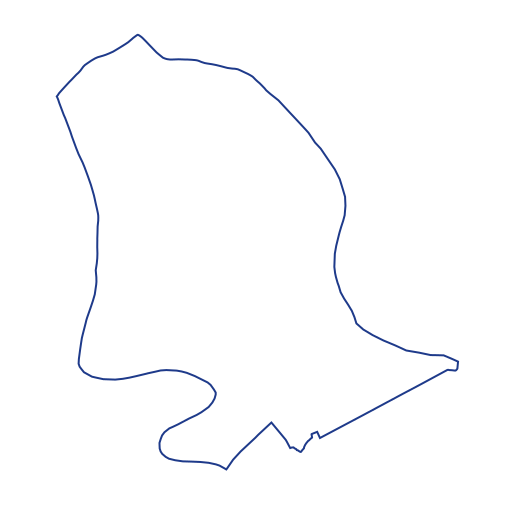 Phu Tan, An Giang, Vietnam (Albers equal-area conic projection), rotated 183°
{"feature_id": "81297802B56486108937036", "entity_name": "Phu Tan", "entity_type": "district", "adm_level": 2, "iso_a3": "VNM", "parent_name": "Vietnam", "parent_adm1": "An Giang", "projection": "albers", "projection_center": [105.28, 10.655], "detail": "fine", "context": "isolated", "style": "outline", "palette": "blue", "viewbox_px": 512, "rotation_deg": 183, "n_neighbors": 0, "source": "geoboundaries", "source_scale": "gbopen_adm2", "svg_char_len": 3676}
<svg xmlns="http://www.w3.org/2000/svg" viewBox="0 0 512 512"><g transform="rotate(183 256 256)"><path d="M63.4,166.6L70.8,166.4L76.4,166.2L88.0,168.0L101.0,169.5L112.3,174.0L124.3,178.3L135.4,183.1L145.0,188.2L152.2,193.9L154.5,200.1L157.4,206.2L161.4,212.1L165.8,218.1L169.6,224.2L171.8,230.4L173.1,233.4L175.1,239.3L176.1,243.0L177.2,249.2L177.4,262.4L176.4,270.5L174.2,282.0L173.7,284.4L172.9,287.7L172.5,289.4L170.8,295.7L169.6,301.3L169.3,310.8L170.1,319.1L170.1,319.6L172.8,327.3L176.4,337.1L181.8,346.6L189.8,357.1L197.0,366.6L203.0,372.4L210.0,381.8L212.4,384.2L216.3,388.0L225.9,397.3L230.4,401.6L241.0,411.9L241.7,412.6L250.3,418.7L254.5,422.0L256.2,423.9L259.3,426.8L261.4,428.7L263.1,430.0L264.6,431.2L266.0,432.4L267.6,433.9L268.5,434.7L269.6,435.4L270.4,435.8L270.7,436.0L273.6,437.4L276.1,438.4L281.2,440.5L283.9,441.5L285.3,441.7L286.9,441.9L289.4,441.9L291.8,442.1L294.3,442.3L296.8,442.8L301.0,443.7L305.7,444.6L309.9,445.2L310.9,445.3L314.9,445.7L317.3,446.0L320.7,446.9L323.2,447.8L324.7,448.2L326.1,448.4L327.7,448.5L328.0,448.5L330.9,448.6L335.2,448.6L336.8,448.5L343.4,448.4L350.2,447.8L352.2,447.7L353.4,447.8L354.7,447.9L355.9,448.1L357.1,448.4L359.2,449.1L360.2,449.8L363.9,452.5L366.0,454.1L370.4,458.2L373.4,461.0L377.3,464.7L380.6,467.7L382.0,468.8L384.2,470.2L385.5,470.7L386.0,470.6L387.2,469.7L390.0,467.4L391.2,466.2L394.8,462.8L397.6,460.7L404.2,456.1L407.0,454.2L409.4,452.6L413.1,450.7L416.5,449.1L419.3,448.0L424.5,446.2L426.9,445.0L429.2,443.5L430.7,442.5L434.5,439.6L436.9,437.7L437.0,437.6L438.4,436.0L441.0,432.0L442.9,429.7L444.8,427.8L449.5,422.3L451.4,420.2L456.3,414.3L459.4,410.5L461.3,408.1L462.3,406.3L462.8,405.6L463.3,404.9L463.1,404.6L462.0,402.4L461.5,401.2L460.5,398.6L455.3,386.7L453.8,383.8L447.9,370.4L446.1,365.7L441.3,354.5L438.5,348.4L434.0,340.2L431.7,335.3L428.0,326.7L424.6,318.4L422.7,313.0L421.0,308.0L419.9,304.1L419.0,300.7L417.2,294.4L416.1,290.3L415.9,289.3L415.7,288.3L415.5,286.1L415.4,283.0L415.7,277.1L415.5,270.6L415.4,264.9L415.3,263.7L415.0,256.5L414.5,250.3L414.4,245.4L414.6,240.4L415.3,233.4L414.8,229.8L414.3,226.4L414.0,221.9L414.1,218.9L415.0,209.2L416.5,202.8L418.5,195.6L421.4,185.7L422.1,182.9L422.5,180.7L422.6,180.1L423.8,174.1L424.9,168.7L425.6,164.9L426.1,160.1L426.7,153.7L427.5,143.8L427.5,139.1L426.3,136.2L424.3,133.8L421.7,130.9L413.5,126.9L409.5,126.2L402.0,125.0L390.1,125.2L382.5,126.4L376.0,127.9L369.2,129.8L358.7,132.9L358.2,133.1L350.5,135.2L345.3,136.7L339.5,137.4L336.3,137.4L332.5,137.4L329.2,137.4L324.3,136.8L319.0,135.7L310.8,132.9L302.3,129.2L297.7,127.2L294.6,124.9L291.0,120.4L289.1,117.5L289.0,115.5L289.9,111.5L291.9,107.4L295.4,102.7L302.4,97.1L307.0,94.1L314.5,90.1L325.0,83.8L330.2,81.0L333.6,79.3L333.9,79.0L338.2,75.2L340.4,71.9L341.6,68.2L342.6,64.3L342.4,61.8L342.1,58.7L341.0,55.8L339.3,53.5L335.7,50.7L332.3,49.0L326.0,47.8L318.4,47.1L309.8,47.3L301.0,47.4L292.4,47.0L285.1,45.8L281.5,44.8L276.4,42.3L274.5,41.3L273.8,42.3L268.2,51.4L261.1,60.0L247.0,74.6L246.5,75.2L244.3,77.7L231.9,90.5L222.1,79.9L216.7,74.0L215.4,72.0L211.8,66.0L210.3,66.6L209.8,66.7L208.5,66.8L208.1,66.5L207.6,66.1L206.7,65.6L205.9,65.3L205.5,65.0L205.3,64.6L205.1,64.3L204.7,64.2L204.0,64.1L203.6,63.9L203.1,63.5L201.5,62.7L201.0,62.7L200.7,62.9L199.6,64.6L198.1,66.4L198.0,67.0L198.0,67.5L197.5,68.8L197.0,70.0L196.0,71.7L194.3,74.0L193.4,74.7L191.8,76.5L190.6,77.5L190.5,77.8L190.7,78.6L191.2,80.9L191.1,81.1L185.7,83.6L182.6,77.6L140.9,102.6L102.6,125.8L84.4,136.7L59.0,152.2L58.2,152.4L57.0,152.2L54.4,152.2L53.1,152.1L51.7,152.0L51.0,152.0L50.2,152.4L49.9,152.8L49.2,153.7L49.0,154.1L48.7,161.1L54.3,163.3L63.4,166.6Z" fill="none" stroke="#1e3a8a" stroke-width="2"/></g></svg>